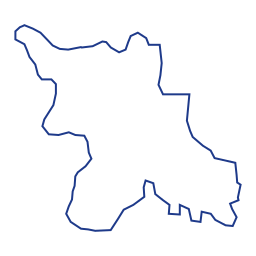 Yongin-si, Gyeonggi, South Korea
{"feature_id": "91817680B86612267469181", "entity_name": "Yongin-si", "entity_type": "district", "adm_level": 2, "iso_a3": "KOR", "parent_name": "South Korea", "parent_adm1": "Gyeonggi", "projection": "equal_earth", "projection_center": [127.213, 37.219], "detail": "fine", "context": "isolated", "style": "outline", "palette": "blue", "viewbox_px": 256, "rotation_deg": 0, "n_neighbors": 0, "source": "geoboundaries", "source_scale": "gbopen_adm2", "svg_char_len": 1251}
<svg xmlns="http://www.w3.org/2000/svg" viewBox="0 0 256 256"><path d="M81.0,47.1L68.2,49.6L59.8,48.9L52.7,45.5L47.6,40.1L40.5,32.7L32.8,28.6L24.4,25.2L22.8,26.0L19.9,27.2L15.4,31.3L15.4,39.4L24.4,44.2L27.0,50.3L29.5,57.0L35.3,64.5L37.9,74.6L41.8,79.4L51.4,79.4L55.9,84.1L55.9,93.6L53.4,105.1L44.3,119.4L43.0,124.1L42.4,126.2L48.8,134.3L58.5,135.0L68.8,132.3L75.3,135.0L84.3,135.7L87.5,141.8L88.8,152.6L91.4,158.7L85.6,166.2L77.8,172.3L75.3,176.4L74.6,185.9L72.7,191.3L72.0,199.5L68.8,206.3L66.2,213.8L70.7,221.9L81.0,228.7L88.1,229.4L95.2,230.8L110.7,230.1L117.8,219.2L123.7,209.7L133.3,204.9L144.3,196.8L143.7,187.3L145.6,180.5L153.3,183.2L155.3,194.1L163.0,200.2L169.5,204.9L168.8,213.8L179.8,214.5L179.8,204.9L188.8,209.0L191.4,220.6L200.5,221.9L201.7,211.7L210.8,213.8L215.3,219.9L225.6,225.3L232.7,226.0L236.6,217.2L232.1,209.0L230.1,203.6L238.5,200.2L237.9,197.5L240.6,184.7L237.2,182.5L236.6,175.0L235.3,162.8L214.6,158.1L210.7,150.6L203.0,145.8L192.7,137.0L190.1,130.9L186.9,120.7L189.4,94.3L163.0,94.3L158.5,84.8L160.4,75.3L161.7,63.1L159.7,44.8L148.8,44.8L146.2,38.1L137.8,32.7L130.7,36.0L128.2,42.1L125.6,49.6L119.1,52.3L110.8,47.5L106.2,42.1L102.4,41.5L92.7,46.2L81.7,47.5L81.0,47.1Z" fill="none" stroke="#1e3a8a" stroke-width="2"/></svg>